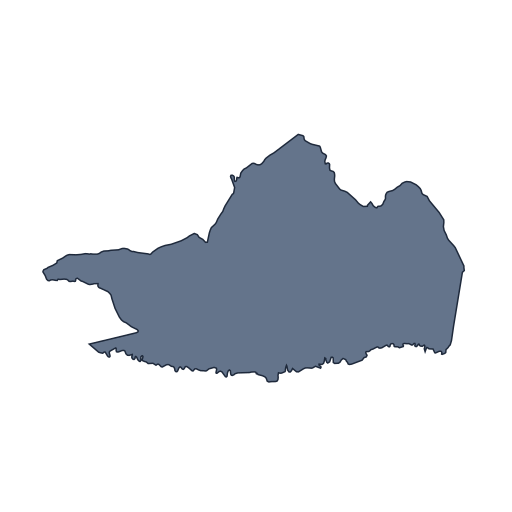 the Commissiary of Guaviare, rotated 189°
{"feature_id": "COL-1423", "entity_name": "Guaviare", "entity_type": "Commissiary", "adm_level": 1, "iso_a3": "COL", "parent_name": "Colombia", "parent_adm1": "", "projection": "mercator", "projection_center": [-71.908, 1.785], "detail": "fine", "context": "isolated", "style": "filled", "palette": "slate", "viewbox_px": 512, "rotation_deg": 189, "n_neighbors": 0, "source": "natural_earth", "source_scale": "10m", "svg_char_len": 6107}
<svg xmlns="http://www.w3.org/2000/svg" viewBox="0 0 512 512"><g transform="rotate(189 256 256)"><path d="M114.9,353.3L109.0,351.4L106.5,349.9L104.4,348.3L103.2,346.7L101.8,343.7L100.5,342.8L96.3,341.6L93.3,337.6L81.9,327.6L76.2,321.1L75.7,318.4L75.5,314.3L74.2,310.6L71.4,306.7L69.7,303.5L68.1,301.7L62.4,297.2L60.5,295.4L49.1,278.7L48.9,277.2L48.0,274.2L49.6,272.2L49.9,217.5L49.7,203.0L50.3,198.5L51.1,197.5L52.1,195.4L53.7,193.3L53.5,190.3L54.4,189.3L56.7,188.0L57.3,188.1L57.4,189.9L58.1,190.7L59.0,190.8L60.2,190.5L63.6,188.3L64.3,188.4L66.6,191.8L70.3,191.4L71.3,191.6L72.0,192.2L72.9,192.4L73.3,191.7L74.0,188.0L75.3,190.7L75.1,191.9L75.1,193.3L75.5,194.1L76.0,194.3L77.7,192.8L79.6,192.8L80.5,193.3L81.1,194.4L81.7,194.4L83.2,191.7L84.5,191.6L85.1,192.2L85.0,193.8L85.4,194.5L86.3,194.3L87.4,192.7L88.4,192.4L91.2,193.4L93.2,193.0L96.0,192.8L97.0,192.1L97.0,191.1L96.3,190.3L96.4,189.6L100.0,187.8L101.8,188.5L104.7,188.1L105.4,188.4L106.0,190.2L106.9,190.8L107.9,190.8L109.0,190.3L109.5,189.4L109.6,187.6L110.2,187.1L111.1,187.3L112.7,188.5L113.5,188.2L117.4,185.0L119.1,184.4L120.2,184.4L120.9,185.0L122.0,185.2L123.5,184.2L125.9,182.4L127.9,181.4L128.7,180.2L129.7,179.3L132.2,178.8L132.5,177.8L132.0,176.7L130.8,175.4L131.3,173.6L133.4,172.5L134.9,169.7L144.6,164.2L146.7,163.5L148.0,163.7L149.1,165.4L150.1,166.1L151.2,167.7L154.0,168.4L155.5,166.6L156.5,164.2L157.8,163.0L161.5,162.2L163.0,162.9L163.7,166.8L164.0,167.6L164.8,168.0L165.9,167.7L166.7,163.0L168.4,161.5L169.5,162.1L171.3,165.4L170.5,165.4L172.1,166.1L172.1,162.9L172.5,160.5L173.9,159.2L176.8,159.1L176.8,158.3L174.7,156.9L174.4,156.4L174.7,155.3L180.0,156.4L182.6,154.3L183.6,153.9L187.6,153.6L189.6,153.2L191.4,152.1L195.9,148.2L197.9,148.0L202.3,150.6L203.0,148.3L204.0,146.8L205.2,146.6L206.9,148.3L208.3,152.1L208.8,152.8L209.2,150.6L209.2,148.3L209.0,147.1L209.3,146.3L212.3,144.4L213.8,144.0L215.5,144.2L215.6,141.5L215.1,139.5L215.0,137.4L215.6,135.8L216.9,135.1L221.3,134.3L223.6,133.6L225.3,134.1L226.8,136.9L228.4,138.1L231.0,138.8L235.4,139.2L236.7,140.3L237.2,139.8L238.1,141.2L239.5,141.3L242.6,140.6L244.1,139.9L255.7,137.7L258.2,136.5L259.3,135.2L260.8,134.3L261.7,134.4L262.5,135.4L263.4,138.7L264.5,139.3L265.5,138.1L265.9,136.1L265.8,132.7L266.4,131.9L267.3,132.0L271.5,136.2L273.1,136.7L274.5,136.0L276.2,134.1L276.9,134.0L277.3,134.7L277.1,137.8L277.6,139.0L280.0,139.4L284.8,137.2L286.9,134.9L288.1,134.5L289.7,134.5L292.7,134.1L294.9,134.5L297.4,135.3L298.8,134.9L300.2,132.6L301.2,132.6L305.0,135.0L307.1,136.0L308.5,135.7L309.3,133.5L310.0,132.7L311.1,132.8L313.1,134.6L314.0,134.3L314.7,133.2L315.4,130.3L316.1,129.3L317.2,129.3L318.1,130.1L318.6,131.7L319.4,133.1L320.4,133.8L322.4,133.8L324.9,135.0L326.0,135.0L327.4,134.6L331.2,131.7L332.3,131.8L334.7,133.6L335.9,133.9L336.9,133.3L337.7,132.5L341.0,133.9L345.7,132.9L347.8,134.2L349.7,134.4L351.9,135.0L352.2,135.8L351.9,138.2L352.0,139.2L352.6,139.7L353.3,139.4L353.9,138.4L353.8,136.9L353.4,135.1L353.8,133.8L354.7,133.7L356.6,135.1L358.0,137.3L359.0,138.0L359.6,137.3L359.5,135.8L360.2,134.8L361.2,134.7L362.7,136.0L362.9,137.5L362.7,138.7L362.8,139.4L365.8,138.0L367.5,137.9L369.2,139.1L370.6,141.6L371.7,142.1L373.5,141.7L376.7,139.8L378.0,139.5L378.8,139.6L379.3,140.6L379.7,143.0L380.3,143.2L385.0,139.5L385.8,138.5L385.8,137.4L384.7,135.0L384.5,134.0L384.9,133.3L386.0,133.3L387.1,134.1L389.9,137.5L390.9,137.4L392.2,136.0L394.5,136.1L396.4,136.4L406.9,142.9L362.1,161.5L360.7,162.6L360.6,163.6L361.7,164.7L368.1,166.7L373.7,169.7L376.5,170.4L378.9,171.8L381.4,174.3L387.0,182.2L391.6,191.2L393.0,194.6L394.5,196.1L396.6,197.6L404.7,199.9L405.5,200.0L406.5,200.5L407.5,201.7L407.7,204.0L411.8,203.3L412.6,202.8L415.7,201.8L417.3,201.9L423.4,203.8L424.8,203.9L427.5,205.4L429.0,206.1L430.1,205.5L430.5,204.5L430.3,203.5L430.5,202.8L431.2,202.5L433.1,202.5L435.1,201.8L436.6,201.7L438.1,202.8L439.3,203.3L441.9,203.2L445.3,202.3L446.4,202.1L447.3,202.2L448.0,202.0L448.4,200.8L449.8,200.6L453.2,200.7L455.0,200.2L456.3,199.2L457.6,199.2L459.2,200.3L461.1,203.6L463.9,206.9L464.0,207.6L463.4,209.3L460.5,211.1L459.6,212.2L455.1,215.0L451.7,217.9L451.5,220.3L446.6,223.7L444.0,226.2L442.6,227.3L440.6,228.2L434.0,229.0L429.0,230.2L425.0,231.6L422.8,231.8L420.7,231.8L419.6,232.3L417.7,232.3L413.1,233.0L411.2,234.0L409.5,235.7L407.0,237.1L402.7,238.0L400.3,238.9L392.8,240.6L389.3,242.5L387.3,242.9L384.0,242.8L382.7,242.4L381.6,241.7L379.1,241.0L377.8,241.3L373.4,240.9L363.0,241.2L361.1,240.9L360.3,241.3L358.6,243.8L354.0,248.3L351.1,250.2L347.4,252.2L341.6,254.3L332.3,259.3L326.9,263.3L324.9,265.4L320.5,268.6L317.3,267.9L315.1,265.5L311.2,264.1L308.0,261.6L306.2,262.0L305.7,271.5L305.2,274.6L304.5,277.1L301.4,281.0L300.5,282.8L299.5,286.7L297.1,292.3L295.8,294.7L295.2,297.7L294.3,300.8L289.1,313.2L288.1,314.1L287.9,315.1L287.8,320.3L292.1,328.1L293.0,329.3L293.6,330.7L293.3,331.8L292.1,332.1L290.7,331.6L289.8,330.6L289.1,326.9L288.6,326.4L287.9,326.6L287.2,327.2L287.0,328.7L287.2,329.9L287.0,330.7L285.4,330.5L284.5,330.9L284.1,332.0L284.0,335.5L282.6,338.3L281.4,340.0L279.3,341.5L274.3,346.8L272.9,347.2L271.7,347.1L270.2,346.5L268.4,346.3L266.4,346.7L264.8,348.0L263.1,350.7L262.4,352.6L261.4,354.2L258.0,357.8L254.5,360.6L233.3,382.7L228.5,382.2L227.5,381.5L226.8,379.2L226.2,378.2L225.3,377.5L220.1,375.5L218.0,375.1L210.4,374.5L209.6,373.6L207.5,369.1L206.4,368.1L203.2,367.0L202.1,365.8L202.2,364.0L202.7,362.0L202.9,360.3L202.0,357.9L201.2,357.9L200.4,358.8L199.3,359.2L198.1,358.7L197.6,357.9L197.2,354.5L196.4,352.3L194.8,351.8L193.1,351.6L191.8,350.7L191.2,349.2L190.8,347.4L190.6,343.9L190.1,341.8L188.9,340.0L183.7,335.1L182.3,334.4L178.5,333.9L175.8,333.1L166.5,327.1L163.3,324.3L161.5,323.2L157.8,321.7L153.8,322.5L153.8,323.6L151.3,327.4L149.7,326.0L148.1,324.0L146.3,322.9L144.8,322.4L144.0,322.7L143.7,323.6L143.2,324.2L141.2,324.6L140.3,325.1L138.9,326.9L138.2,329.9L137.3,331.9L137.1,333.1L137.5,335.3L137.5,336.6L137.1,338.1L136.4,339.5L134.8,340.5L131.3,342.0L129.5,343.5L127.2,346.1L124.7,348.1L123.0,350.7L120.5,352.4L118.8,353.1L114.9,353.3Z" fill="#64748b" stroke="#1e293b" stroke-width="1.5"/></g></svg>